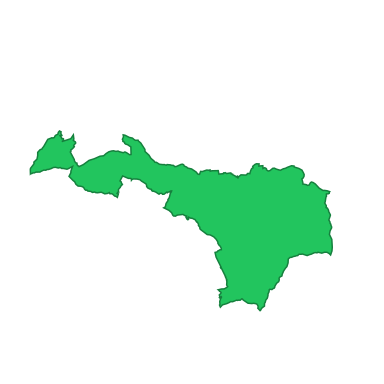 outline of Spulber, Vrancea, Romania, rotated 34°
{"feature_id": "2599482B24061865858466", "entity_name": "Spulber", "entity_type": "district", "adm_level": 2, "iso_a3": "ROU", "parent_name": "Romania", "parent_adm1": "Vrancea", "projection": "orthographic", "projection_center": [26.718, 45.744], "detail": "fine", "context": "isolated", "style": "filled", "palette": "green", "viewbox_px": 384, "rotation_deg": 34, "n_neighbors": 0, "source": "geoboundaries", "source_scale": "gbopen_adm2", "svg_char_len": 6040}
<svg xmlns="http://www.w3.org/2000/svg" viewBox="0 0 384 384"><g transform="rotate(34 192 192)"><path d="M279.9,271.6L280.4,268.5L283.3,265.0L284.9,262.4L285.2,261.4L287.1,260.2L289.4,256.8L290.4,256.4L290.7,255.9L292.5,254.7L293.0,252.7L293.6,252.5L294.8,252.9L300.6,252.9L303.9,251.1L305.5,249.7L308.0,248.7L308.9,248.8L310.5,249.6L311.3,250.6L311.5,251.5L314.8,252.3L315.0,251.7L314.8,250.3L314.9,248.8L315.9,246.1L314.4,243.8L314.4,242.6L313.6,240.2L313.8,238.1L313.5,237.0L312.7,235.0L312.0,234.0L311.7,231.8L310.7,229.8L310.9,229.1L312.8,228.2L313.4,226.4L313.9,225.8L313.9,224.9L313.4,223.8L313.2,221.1L313.3,219.8L314.0,217.9L313.5,216.1L312.4,214.8L312.4,213.4L313.5,211.3L312.8,209.8L312.1,206.1L312.1,202.7L312.4,200.8L311.3,197.1L309.3,193.8L309.7,191.7L311.2,190.3L312.2,188.7L313.5,187.4L314.3,186.3L315.2,185.6L315.5,183.8L317.4,182.5L318.2,181.7L323.0,180.3L324.5,178.1L325.6,176.9L327.2,174.2L328.2,173.2L329.7,172.5L330.1,171.5L333.8,170.1L335.6,167.8L337.6,166.5L340.2,166.3L342.1,166.7L341.0,162.6L339.2,159.4L334.4,153.1L329.6,150.3L328.2,147.0L327.8,143.6L327.0,142.6L325.9,142.0L325.0,141.0L324.2,140.9L323.0,139.6L321.1,138.7L319.8,134.0L319.4,133.5L316.3,131.8L315.4,130.8L313.2,129.6L312.2,130.0L311.8,129.9L311.4,128.9L310.9,128.2L308.1,126.9L308.0,125.8L305.9,121.4L305.9,120.4L304.5,118.6L304.5,118.4L305.8,117.5L306.5,116.4L306.0,115.4L306.0,114.7L303.4,115.4L300.9,116.6L299.7,117.5L295.3,117.7L289.8,116.4L287.2,116.4L285.5,116.9L285.0,117.9L285.2,120.8L284.0,122.0L282.9,121.9L279.4,123.4L278.7,122.3L275.8,119.7L276.3,118.4L276.1,116.4L275.2,114.8L273.8,113.9L271.0,112.4L267.4,112.7L262.7,114.1L262.1,113.4L259.8,114.6L257.2,118.3L256.2,120.1L254.7,121.7L253.1,124.6L249.4,125.8L246.9,126.2L245.7,127.2L244.7,130.6L243.5,132.0L241.4,132.0L240.8,131.2L239.7,131.0L238.5,131.4L237.7,132.8L236.0,130.6L232.9,133.1L231.9,131.2L229.6,132.6L228.8,133.9L228.0,136.8L229.1,137.7L228.6,138.6L228.4,139.6L228.8,141.9L229.7,144.5L228.6,144.9L227.6,145.7L227.8,146.8L227.1,147.9L223.0,150.4L222.1,153.5L222.2,154.6L221.9,154.5L221.6,153.6L220.8,153.4L220.3,154.8L219.6,154.5L216.2,154.9L215.7,154.5L214.4,155.1L213.8,154.5L213.2,154.7L210.4,157.3L208.7,157.4L208.4,157.9L207.5,158.5L207.8,159.2L204.3,162.1L201.8,159.6L196.6,163.3L195.5,164.6L194.6,163.6L193.9,164.5L191.9,165.6L189.1,169.3L187.6,170.1L188.4,173.2L186.9,173.9L184.2,173.1L178.8,173.1L174.9,174.6L173.7,174.3L171.1,174.8L169.9,174.1L168.7,174.2L167.5,175.2L164.9,179.4L163.6,180.6L161.8,180.3L160.0,181.3L158.9,181.6L156.0,183.2L155.7,184.2L153.5,184.8L152.9,185.4L149.5,187.2L145.9,187.3L144.6,188.1L143.1,187.5L139.2,187.1L135.7,185.5L130.4,184.7L129.1,183.0L128.4,182.7L122.1,180.0L119.1,179.7L118.3,179.2L116.2,180.8L114.6,180.9L112.5,180.6L109.5,181.8L104.7,182.4L103.0,183.1L104.4,184.7L104.8,187.2L106.0,188.0L106.4,188.7L108.2,188.5L109.0,189.3L110.2,189.4L112.1,188.8L116.1,188.8L120.5,195.0L119.4,196.0L115.8,196.0L114.0,196.3L113.0,197.9L109.3,199.2L107.8,199.4L106.2,200.9L103.9,201.7L102.4,203.0L100.6,205.1L99.3,208.1L98.5,211.4L95.7,213.8L92.3,219.2L89.0,223.3L86.6,230.0L84.2,234.1L83.7,233.8L83.0,234.1L81.4,233.6L80.5,232.4L79.3,232.8L77.5,232.2L76.2,230.9L68.7,226.9L68.9,226.0L68.0,224.7L68.5,223.8L69.1,220.9L69.0,220.2L68.5,220.3L67.9,219.4L68.2,216.4L67.3,215.7L64.8,215.6L64.4,214.1L61.7,211.0L61.7,215.6L55.9,223.0L56.4,221.7L56.2,220.5L55.7,219.8L55.3,219.8L54.4,220.6L53.8,220.4L53.1,219.4L52.0,219.5L51.1,219.1L52.3,217.7L51.4,217.4L50.3,216.5L49.8,215.3L48.0,215.5L47.8,217.3L48.5,219.1L47.2,221.3L47.1,222.3L47.4,223.8L46.5,225.0L45.5,225.4L43.0,229.0L43.6,237.3L43.4,239.4L43.6,240.2L42.4,241.9L41.9,245.4L43.7,248.1L45.1,251.4L44.2,255.7L45.1,256.5L45.2,257.8L44.9,262.7L45.4,263.8L47.9,267.3L48.0,266.7L48.8,266.5L49.4,265.1L50.5,264.4L51.6,262.7L54.8,260.5L55.1,259.7L56.8,256.8L58.7,255.6L59.2,254.4L60.2,253.8L62.0,251.6L63.3,249.3L64.9,247.9L67.7,246.9L69.1,245.4L70.7,245.4L72.0,244.5L75.6,243.0L76.2,242.2L78.7,237.6L79.9,242.3L80.8,243.8L81.3,247.8L87.1,249.0L89.0,249.1L91.4,250.5L94.2,250.8L96.4,249.5L98.4,248.8L100.4,249.1L101.2,249.7L102.7,250.0L103.9,249.2L105.0,249.5L108.1,248.0L109.6,248.1L111.4,246.4L112.4,246.4L114.1,245.5L116.9,242.9L120.7,242.3L122.8,240.4L123.8,238.7L124.9,239.4L126.1,238.5L127.2,238.1L130.1,238.6L131.7,238.1L133.1,238.2L132.0,234.7L130.7,235.1L130.6,233.6L131.3,233.1L129.8,231.4L129.6,230.7L129.9,228.4L129.7,226.3L130.0,225.5L130.0,224.5L129.1,224.4L127.4,223.1L126.1,223.1L125.5,217.5L131.6,216.3L133.8,214.9L134.3,215.0L135.2,216.1L135.3,215.0L136.1,214.0L139.2,212.0L142.0,210.9L144.0,211.2L149.3,211.0L150.8,212.0L151.3,212.8L153.1,213.4L155.4,213.1L156.8,212.5L157.3,212.7L157.6,213.3L158.4,213.4L159.3,213.2L159.6,212.8L162.2,212.3L165.6,212.3L166.0,212.1L166.0,211.3L167.3,210.2L168.1,210.0L168.8,210.4L169.8,209.7L170.2,209.2L171.0,206.4L171.9,206.5L172.1,205.5L173.0,204.9L173.7,203.1L174.5,202.5L174.8,203.4L174.7,204.9L176.3,209.4L176.3,211.8L176.9,212.5L176.9,215.9L178.2,219.3L177.4,220.9L183.2,220.1L186.8,220.6L188.9,221.9L190.1,222.2L191.9,221.2L192.3,220.1L192.8,219.3L197.0,215.7L197.7,215.5L198.6,215.7L201.0,215.0L201.0,216.2L203.0,217.3L204.1,217.3L204.3,216.3L203.8,216.2L203.4,215.5L203.0,215.4L203.1,214.7L205.1,214.6L207.1,213.6L209.1,213.4L209.8,213.1L212.7,214.3L213.1,214.0L213.8,214.3L215.2,214.9L216.1,216.2L218.1,216.8L218.8,217.7L219.7,218.3L228.4,218.8L231.1,217.4L235.1,217.0L238.5,217.7L240.6,218.6L241.6,219.2L242.2,220.1L244.5,221.1L245.4,221.1L246.3,221.5L247.7,222.3L248.6,223.4L247.4,224.4L246.9,225.7L246.4,226.2L246.4,227.2L246.1,227.9L244.9,229.2L245.4,229.7L248.4,232.5L257.9,237.9L257.7,238.5L258.7,239.1L259.0,238.7L267.3,243.5L267.2,243.7L269.9,245.3L269.7,245.5L271.1,246.9L272.7,249.7L274.5,250.5L274.2,251.7L272.9,254.3L270.7,255.9L268.4,258.4L269.7,258.5L270.2,258.9L271.6,258.8L272.3,259.1L272.6,260.0L272.2,262.1L273.7,263.3L273.7,264.2L274.0,264.3L274.8,262.4L275.2,262.6L275.4,263.2L275.3,264.3L276.2,267.2L277.4,268.8L278.0,269.2L278.0,270.3L279.9,271.6Z" fill="#22c55e" stroke="#15803d" stroke-width="1.5"/></g></svg>